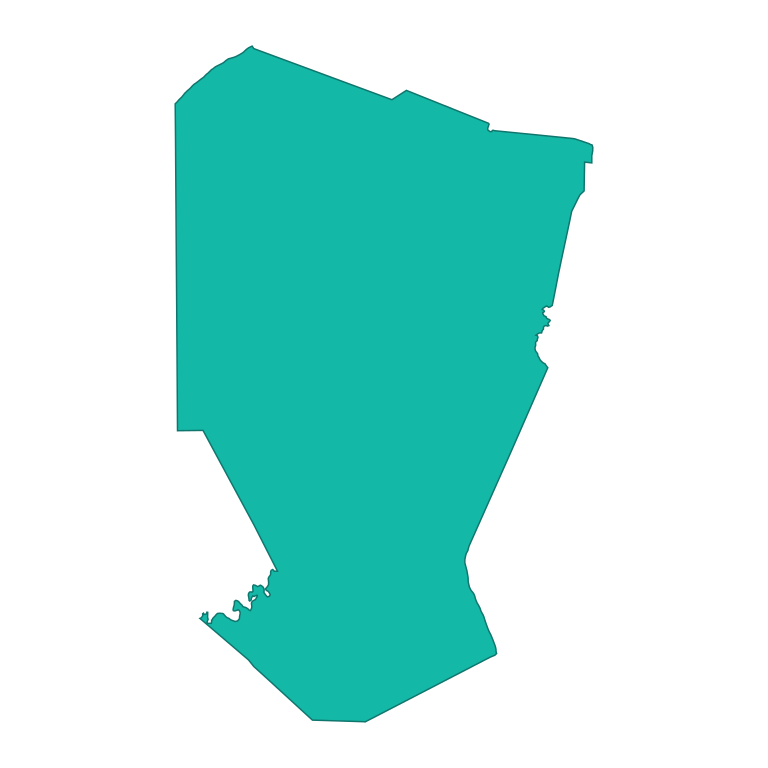 the district of Bavel, Batdâmbâng, Cambodia
{"feature_id": "14789045B6741933347766", "entity_name": "Bavel", "entity_type": "district", "adm_level": 2, "iso_a3": "KHM", "parent_name": "Cambodia", "parent_adm1": "Batdâmbâng", "projection": "equal_earth", "projection_center": [102.818, 13.225], "detail": "fine", "context": "isolated", "style": "filled", "palette": "teal", "viewbox_px": 768, "rotation_deg": 0, "n_neighbors": 0, "source": "geoboundaries", "source_scale": "gbopen_adm2", "svg_char_len": 4642}
<svg xmlns="http://www.w3.org/2000/svg" viewBox="0 0 768 768"><path d="M175.2,103.8L175.5,137.1L176.0,209.0L176.2,240.5L176.9,335.9L177.1,366.0L177.5,430.7L203.0,430.4L254.0,525.0L277.5,571.2L276.5,571.2L276.1,571.2L275.7,571.2L274.3,571.3L273.7,570.5L272.7,569.5L271.4,570.2L270.9,571.0L270.6,572.1L270.7,573.9L270.1,575.6L269.4,576.2L268.8,577.2L268.3,578.2L268.3,579.5L268.6,582.0L268.5,584.7L267.5,586.5L266.7,587.4L265.5,588.9L265.9,589.7L266.5,590.5L267.3,590.9L268.1,591.3L269.0,592.3L270.2,594.7L269.5,596.0L268.9,596.5L267.3,596.8L266.5,596.0L265.6,594.9L264.6,593.4L263.8,592.3L264.1,591.0L264.1,589.9L263.8,588.5L263.3,587.4L262.5,586.5L260.6,585.2L259.6,585.5L259.0,586.0L258.1,586.4L257.4,586.5L256.4,585.9L255.3,585.3L253.5,584.9L252.8,586.0L252.7,587.2L252.9,589.0L253.0,591.4L252.0,592.2L251.1,591.9L249.7,592.0L249.1,592.6L248.6,593.6L248.3,594.9L248.6,596.8L248.9,598.2L249.0,599.1L249.0,600.3L249.6,601.0L250.8,600.5L251.2,599.7L251.5,598.1L251.9,597.2L252.9,595.9L254.0,596.5L255.0,595.9L255.9,595.7L257.0,595.2L257.4,596.0L256.8,597.1L256.2,598.0L255.9,598.9L255.3,599.6L254.0,600.3L252.6,601.1L251.7,602.3L251.4,603.8L251.7,605.2L251.8,606.7L251.6,608.1L250.7,610.1L250.1,610.6L249.2,610.1L248.1,609.0L247.4,608.5L246.5,607.9L245.8,607.5L245.1,607.3L244.3,607.1L242.9,606.6L242.4,605.8L241.9,605.0L241.0,604.2L240.0,603.3L239.4,602.4L238.6,601.6L237.8,601.0L236.8,600.6L235.7,600.4L234.4,601.4L234.4,602.7L234.2,605.3L233.8,606.2L233.4,607.8L233.1,609.5L233.3,610.6L234.3,610.9L235.5,610.8L236.8,610.3L238.4,609.8L239.2,610.5L239.9,611.6L240.2,613.1L239.9,614.9L239.6,616.2L239.4,618.8L237.6,620.9L236.4,621.2L234.9,621.5L234.0,621.0L232.1,620.4L230.5,619.7L229.0,618.4L227.1,617.7L226.0,616.8L224.4,615.1L223.6,614.0L222.7,613.5L221.4,613.4L219.7,613.2L217.4,613.5L216.3,614.5L215.2,615.9L213.7,617.4L212.7,618.5L212.4,619.6L211.6,620.1L211.6,621.9L211.3,623.4L210.2,623.3L207.8,623.4L207.0,622.3L207.5,620.9L208.1,619.3L207.6,617.2L207.6,615.9L207.7,614.9L207.7,613.9L207.7,612.3L206.9,612.2L206.6,613.5L205.9,614.1L205.0,614.3L203.9,614.4L203.5,613.2L202.6,613.8L202.8,614.9L202.6,615.9L201.7,617.3L200.9,618.0L199.9,618.4L248.5,659.9L253.8,666.5L265.7,677.3L312.4,720.1L363.9,721.7L365.1,721.9L489.9,657.3L494.9,655.2L496.6,653.5L496.0,651.1L496.0,649.6L495.7,647.9L495.1,645.7L494.1,643.1L492.8,639.6L491.6,636.7L490.8,634.8L489.6,632.5L488.1,629.2L486.7,625.4L485.6,622.3L484.6,619.2L483.9,616.9L483.0,614.7L482.1,613.2L480.9,610.9L480.0,608.1L478.7,605.6L477.1,602.9L476.1,600.7L475.3,598.3L474.7,595.9L473.5,593.3L472.5,592.1L471.0,590.3L469.5,587.3L468.7,584.1L468.2,581.5L468.1,577.7L467.5,574.1L466.9,570.6L465.8,566.5L464.8,562.6L464.9,559.2L465.7,555.4L466.3,553.4L467.8,550.7L468.7,547.2L469.2,545.7L510.2,453.6L547.8,367.7L547.1,366.8L545.9,365.3L545.5,364.5L544.9,363.7L543.5,363.1L542.5,362.3L541.4,361.3L540.2,360.0L539.5,358.7L539.0,357.5L538.4,356.6L537.9,355.8L537.6,353.7L536.7,352.5L535.7,351.2L535.3,350.1L535.0,348.7L535.0,347.5L535.4,346.2L535.7,345.3L535.6,343.6L535.6,342.2L536.5,341.2L537.2,340.7L537.3,339.4L537.6,338.5L538.0,337.2L537.4,335.7L535.9,335.2L536.8,334.5L538.1,333.6L539.5,332.9L541.6,332.9L541.9,331.8L542.2,330.7L542.7,330.0L543.4,329.3L543.5,327.1L544.4,326.0L545.9,325.5L547.5,326.1L548.9,325.6L548.2,324.2L547.9,323.3L548.6,322.3L549.5,321.7L550.2,320.3L549.1,319.4L548.0,319.0L547.3,318.7L546.4,317.8L546.0,316.6L545.3,316.3L544.0,315.8L543.5,314.8L542.8,313.6L542.8,312.5L543.7,312.2L544.4,311.4L543.8,310.3L543.0,309.9L542.2,309.4L543.2,308.1L544.5,307.3L545.8,306.3L547.4,306.2L548.5,307.3L550.0,307.0L552.2,305.5L553.1,301.4L554.8,292.8L558.4,274.2L561.3,260.3L569.5,222.0L571.7,211.3L578.5,197.5L580.0,194.8L584.1,190.9L584.6,162.1L591.8,162.9L591.8,158.9L591.8,155.7L592.7,151.0L592.8,147.3L592.1,145.0L590.1,144.3L589.2,143.7L587.2,143.0L574.7,138.8L572.7,138.5L571.8,138.4L494.5,130.7L493.3,130.3L492.4,130.4L491.7,131.6L490.0,131.6L489.2,131.0L488.4,130.5L487.8,129.8L487.7,128.0L488.4,126.4L488.7,125.2L489.1,124.2L488.5,123.3L406.4,90.4L391.9,99.7L347.8,83.4L286.5,60.7L253.8,48.6L252.1,46.1L248.6,47.8L246.5,49.3L245.2,50.5L243.8,51.9L242.2,53.1L239.5,54.7L235.8,56.6L233.9,57.3L230.5,58.3L228.5,58.8L226.1,60.4L223.7,62.5L222.2,63.4L220.2,64.4L218.2,65.4L216.6,66.2L215.3,66.9L213.9,68.0L212.7,69.0L211.5,69.6L210.2,71.0L209.5,71.6L208.3,72.9L206.8,74.0L205.5,75.2L204.4,76.5L202.9,77.8L201.4,78.8L200.1,79.8L198.4,81.2L197.3,82.0L195.9,83.1L194.6,83.9L193.5,84.8L192.0,86.3L190.6,87.9L189.1,89.3L187.5,90.6L185.9,92.2L184.8,93.2L183.3,95.2L181.8,97.0L180.8,98.0L179.1,99.6L176.9,102.2L175.2,103.8Z" fill="#14b8a6" stroke="#0f766e" stroke-width="1.5"/></svg>